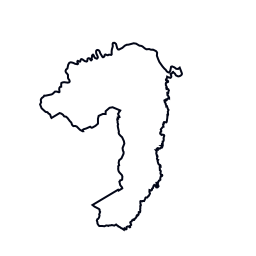 the district of Costa Marques, Rondônia, Brazil, rotated 149°
{"feature_id": "56859067B33157689902000", "entity_name": "Costa Marques", "entity_type": "district", "adm_level": 2, "iso_a3": "BRA", "parent_name": "Brazil", "parent_adm1": "Rondônia", "projection": "equal_earth", "projection_center": [-64.068, -12.086], "detail": "fine", "context": "isolated", "style": "outline", "palette": "ink", "viewbox_px": 256, "rotation_deg": 149, "n_neighbors": 0, "source": "geoboundaries", "source_scale": "gbopen_adm2", "svg_char_len": 5853}
<svg xmlns="http://www.w3.org/2000/svg" viewBox="0 0 256 256"><g transform="rotate(149 128 128)"><path d="M183.9,42.8L182.7,43.8L182.4,43.2L182.3,42.4L181.7,42.1L181.2,42.2L180.5,43.6L180.1,43.9L178.7,43.7L178.2,43.3L177.6,41.9L177.2,41.9L176.7,43.1L175.2,43.3L174.9,43.9L174.9,45.1L174.7,45.9L174.2,46.2L173.1,46.0L171.9,46.8L171.2,46.6L170.7,46.8L170.6,46.2L170.1,46.0L168.6,46.8L168.0,46.8L166.6,47.4L166.1,48.1L165.5,48.5L165.1,47.9L164.5,48.0L164.1,48.5L163.5,48.4L162.1,50.3L161.2,49.6L160.8,49.8L159.8,51.2L159.5,52.1L158.6,53.0L158.0,54.3L157.6,54.9L157.0,54.9L156.6,55.4L156.4,56.6L155.2,58.8L154.6,58.8L153.5,57.8L153.1,57.9L151.8,57.1L149.5,58.6L149.0,59.2L148.5,59.3L147.2,58.5L145.7,59.2L145.2,59.1L142.9,60.5L142.6,62.2L141.5,63.8L141.0,63.3L140.9,62.7L140.4,62.5L139.2,62.7L138.5,63.7L137.5,63.7L136.0,65.2L135.0,65.6L134.9,65.1L134.4,65.1L134.3,62.5L133.6,62.0L133.1,61.9L131.9,62.3L131.6,63.3L132.1,63.7L132.5,63.5L132.6,64.2L132.1,65.7L131.7,65.1L131.1,64.9L130.6,65.5L130.7,66.2L129.7,66.2L128.6,67.0L127.7,66.8L126.9,67.0L126.4,68.1L124.9,69.6L123.8,69.3L123.1,69.6L122.9,70.2L123.8,71.2L123.5,72.5L122.1,74.1L122.1,75.0L122.4,75.4L121.0,78.1L120.4,78.8L119.9,78.2L119.5,79.0L119.6,79.9L120.4,80.9L120.3,82.2L119.6,84.6L118.6,85.1L119.1,85.9L119.0,86.8L117.4,88.3L117.2,89.1L117.6,89.2L117.1,90.6L117.0,91.4L116.1,92.7L115.7,92.8L115.4,93.5L115.5,94.4L115.1,94.1L114.7,94.5L114.2,94.2L114.2,95.2L113.7,95.3L113.4,94.6L112.9,95.4L112.6,95.2L112.6,94.4L112.1,94.2L111.7,94.4L111.2,93.9L110.3,94.1L109.1,93.7L108.5,94.0L108.1,94.6L108.7,95.7L107.9,95.4L107.3,96.4L106.9,95.7L105.3,98.5L104.8,98.3L103.9,98.9L103.0,100.2L102.8,101.0L100.9,102.7L100.8,103.5L101.7,104.5L102.7,104.6L103.0,105.2L102.9,105.8L103.3,106.3L103.1,107.1L102.0,107.9L101.4,107.8L100.8,108.8L100.7,109.8L100.2,110.1L97.5,111.0L96.9,110.8L96.1,113.1L95.4,113.0L94.9,113.4L94.7,114.2L94.0,114.5L92.2,113.1L91.6,113.4L88.9,116.7L87.6,118.8L87.3,118.4L86.7,118.9L85.4,121.6L84.2,122.4L83.9,122.9L84.1,123.5L83.4,126.6L84.0,126.8L83.6,127.3L83.6,128.7L83.1,129.5L83.2,131.1L82.6,132.9L82.1,132.9L82.2,132.0L81.3,131.9L80.6,131.9L80.3,132.8L78.6,132.4L77.7,133.2L77.4,132.4L77.1,132.9L77.0,134.7L77.3,135.8L76.4,137.5L76.0,136.9L75.5,137.2L74.6,138.5L73.7,139.0L73.5,140.5L73.8,140.9L74.9,141.5L74.7,142.2L74.3,141.9L73.7,142.9L73.5,145.2L72.6,146.8L72.2,147.1L69.9,146.9L69.5,147.5L69.7,148.2L70.3,148.0L70.7,148.7L70.8,149.3L70.6,149.9L68.7,150.9L68.0,151.8L67.1,150.4L66.6,150.1L66.2,149.5L65.7,149.1L65.2,149.2L64.5,149.6L64.1,150.3L63.7,152.4L63.3,152.6L62.3,152.2L60.9,152.9L60.4,152.8L60.4,152.1L59.8,150.5L59.8,148.4L58.6,146.6L57.9,146.1L56.4,145.8L55.0,145.9L54.1,146.4L53.7,147.0L53.4,148.5L52.6,153.1L54.6,152.8L56.2,153.9L57.0,156.1L58.5,158.1L59.5,158.3L62.3,155.3L63.8,154.6L64.4,154.5L65.2,155.5L65.6,156.7L65.7,158.6L66.2,160.0L66.7,162.9L67.1,168.3L66.7,171.5L66.0,175.1L64.3,177.5L64.2,178.6L64.4,179.5L65.6,181.4L66.3,182.4L66.9,182.5L68.4,183.7L69.1,184.7L71.7,186.0L72.6,187.6L73.6,190.5L74.6,191.8L75.8,192.7L77.6,196.1L79.5,197.7L84.7,199.2L86.2,200.0L88.3,200.2L91.6,199.6L95.4,199.9L96.0,200.4L96.2,201.8L95.0,206.2L95.6,207.9L96.9,208.6L97.9,208.0L99.0,205.8L101.3,203.7L102.5,202.2L104.1,199.5L104.7,199.3L106.6,200.7L107.8,200.7L109.6,202.7L110.7,202.4L111.3,201.6L111.9,201.4L113.0,201.5L113.3,202.2L113.3,206.3L112.9,208.1L113.0,209.4L113.3,210.0L114.1,210.7L114.8,210.8L115.4,210.6L116.1,209.8L116.8,208.3L117.2,204.7L117.6,203.9L118.6,203.4L119.2,203.6L120.2,205.1L120.3,205.9L120.0,208.2L120.2,208.9L121.4,208.7L122.0,207.7L123.2,206.7L123.6,205.3L124.6,204.9L125.0,205.2L125.1,207.1L125.4,207.8L126.0,208.2L126.9,208.2L128.6,206.3L129.3,206.3L130.6,207.6L131.6,210.0L132.2,210.9L132.7,211.1L133.2,211.0L134.8,209.6L135.2,209.7L136.4,211.4L137.0,211.3L137.5,210.5L137.7,208.8L138.5,208.7L140.3,210.3L141.3,211.9L142.6,213.3L143.5,213.9L144.7,214.1L146.6,213.1L149.3,210.2L151.0,210.0L152.2,209.0L152.5,208.0L152.5,207.2L152.2,205.8L152.1,204.5L153.6,201.9L153.8,201.2L153.6,199.4L153.9,198.1L154.5,197.6L155.0,197.5L156.3,197.9L159.2,200.2L160.8,200.8L161.9,200.9L162.6,200.1L164.0,197.8L165.0,198.2L166.2,197.7L167.0,196.7L167.9,194.6L168.4,194.1L168.9,194.3L170.2,195.8L171.8,196.8L174.9,196.1L176.1,196.1L182.1,198.2L183.1,198.9L184.3,198.3L186.4,198.1L187.9,197.4L188.6,196.4L189.2,194.8L191.2,193.5L191.9,189.4L190.5,184.7L190.2,184.1L188.9,183.0L188.7,181.3L188.0,180.3L187.9,179.2L188.4,177.1L188.4,176.0L178.9,176.0L177.7,174.6L176.9,172.8L176.7,170.8L175.3,169.6L174.7,167.8L174.3,163.9L173.8,161.9L174.3,159.7L174.1,158.4L173.8,157.7L172.3,157.0L171.2,155.7L170.1,151.2L168.6,148.6L168.2,148.4L168.2,149.6L166.8,149.8L164.0,149.1L159.8,148.6L159.2,147.1L158.3,146.7L154.8,146.6L151.5,147.2L149.0,151.4L146.9,153.5L142.3,153.0L140.0,151.5L138.5,153.9L133.4,154.8L130.5,153.7L125.6,147.0L126.5,146.5L127.0,146.7L128.8,145.3L129.3,145.2L129.6,143.6L129.5,142.4L129.7,141.7L131.1,142.0L131.4,141.5L131.6,142.0L131.9,141.6L132.5,141.3L132.9,140.8L133.6,138.8L134.2,138.0L134.5,136.3L135.4,135.6L135.7,134.9L136.0,134.5L137.7,129.5L138.5,128.7L138.8,127.4L138.5,125.5L137.8,123.1L138.3,118.8L139.2,116.5L143.0,113.6L144.0,111.2L144.1,109.7L145.1,108.2L149.3,105.3L152.2,104.9L154.0,102.9L154.8,100.6L156.1,100.3L157.0,98.5L157.5,98.1L158.2,96.1L158.3,95.3L158.2,94.1L157.5,90.9L157.8,89.3L159.6,86.8L160.1,86.7L161.7,87.1L162.1,86.7L163.0,86.5L164.1,83.0L163.7,80.1L164.0,79.2L168.3,79.2L168.3,80.2L198.1,80.3L197.2,77.9L194.6,73.6L194.4,72.8L195.1,71.3L195.1,70.4L197.2,68.8L197.5,67.6L198.8,66.3L200.3,65.5L201.3,65.6L202.4,64.7L202.7,63.1L203.2,62.3L203.4,61.4L203.3,59.3L203.0,58.7L200.7,57.4L198.8,55.9L196.9,55.7L195.9,55.0L195.3,54.2L194.7,54.3L192.6,53.3L191.9,53.2L190.0,51.4L187.9,51.4L187.4,49.8L187.0,49.2L187.0,48.5L186.2,47.6L185.3,45.4L184.8,44.9L183.9,42.8Z" fill="none" stroke="#020617" stroke-width="2"/></g></svg>